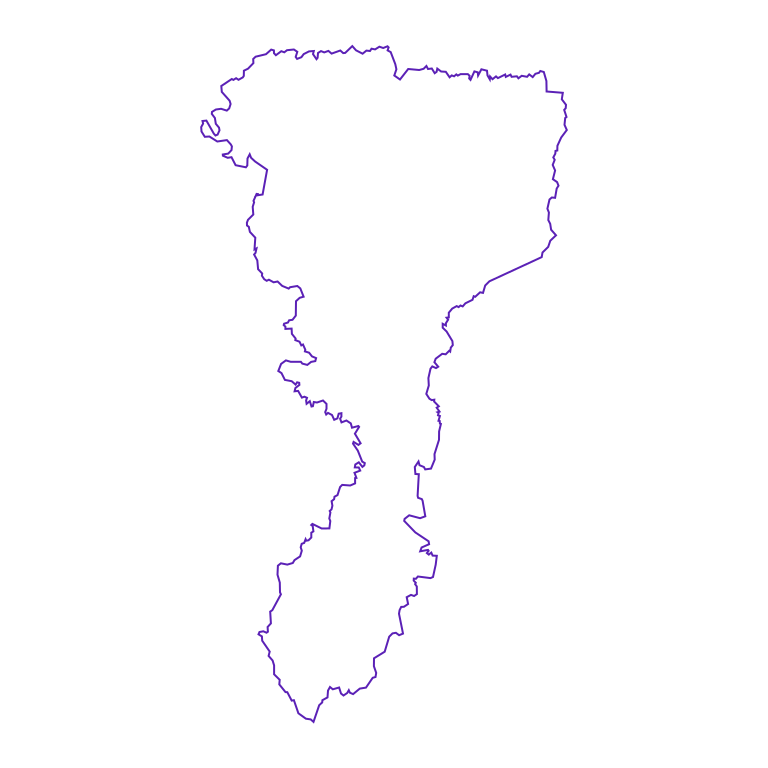 the district of Huejuquilla el Alto, Jalisco, Mexico
{"feature_id": "50627088B54034913428250", "entity_name": "Huejuquilla el Alto", "entity_type": "district", "adm_level": 2, "iso_a3": "MEX", "parent_name": "Mexico", "parent_adm1": "Jalisco", "projection": "equal_earth", "projection_center": [-103.916, 22.528], "detail": "fine", "context": "isolated", "style": "outline", "palette": "violet", "viewbox_px": 768, "rotation_deg": 0, "n_neighbors": 0, "source": "geoboundaries", "source_scale": "gbopen_adm2", "svg_char_len": 6008}
<svg xmlns="http://www.w3.org/2000/svg" viewBox="0 0 768 768"><path d="M366.0,687.6L372.7,677.8L375.5,677.0L376.2,672.9L373.9,666.2L374.0,658.3L384.7,651.7L389.2,636.7L392.5,633.4L395.9,632.8L399.1,635.2L403.0,633.6L399.0,613.7L399.6,610.1L401.2,606.9L403.9,606.8L408.1,604.0L406.7,597.2L411.0,594.9L414.1,596.0L416.9,594.1L416.8,586.5L415.1,584.1L415.8,582.8L413.7,580.6L413.8,578.6L415.9,578.8L417.9,576.5L430.5,578.1L433.0,577.0L435.7,564.7L436.8,555.8L432.6,555.6L431.3,552.6L428.8,554.6L426.9,553.1L428.6,550.8L428.0,549.9L420.2,551.3L421.6,547.5L429.1,544.2L428.6,541.3L415.3,532.4L404.2,520.9L404.6,518.9L409.2,515.3L420.1,518.2L425.3,516.3L422.6,500.8L421.8,499.1L418.1,497.8L417.6,495.9L418.8,474.2L415.4,474.0L414.8,467.0L418.5,461.5L419.5,465.2L423.9,467.0L425.2,469.4L431.0,468.6L434.7,459.6L434.5,454.1L439.0,439.8L439.1,431.4L440.9,423.9L439.9,423.5L439.7,421.0L438.5,420.8L439.9,416.0L438.0,415.3L438.6,412.9L437.6,412.2L439.5,411.6L436.7,407.7L438.8,406.3L434.1,401.5L434.3,399.7L431.7,400.1L429.4,398.7L426.3,393.9L428.8,385.5L428.4,378.1L430.5,368.7L432.3,366.4L436.0,368.1L438.2,366.7L434.4,362.2L435.7,358.7L442.2,353.8L445.7,354.3L449.3,350.7L450.2,351.5L450.8,347.6L452.8,345.1L452.4,341.1L446.6,331.5L442.7,327.7L442.7,323.8L445.9,325.5L445.9,323.2L448.1,319.7L446.6,317.7L448.8,317.4L448.8,312.7L452.2,308.6L456.7,306.1L458.6,307.1L460.5,305.5L462.7,306.4L465.4,303.3L472.5,299.8L473.7,296.2L475.2,296.8L480.1,292.3L483.0,292.9L485.2,285.5L489.4,281.3L541.7,257.1L542.5,252.5L548.2,246.9L550.3,240.7L556.0,235.3L551.1,229.7L550.2,223.8L548.3,220.1L548.9,212.5L547.4,208.7L549.5,199.5L551.8,197.5L555.1,197.8L556.7,188.5L558.5,185.7L557.1,182.1L552.9,179.2L555.1,170.5L552.7,164.9L554.7,159.8L553.3,157.4L555.3,153.7L555.5,150.9L557.3,150.5L557.4,145.8L561.2,137.5L566.8,130.0L564.5,124.8L565.2,118.0L566.5,117.0L564.2,109.9L565.7,108.2L566.0,104.8L561.8,99.3L562.8,92.8L546.6,91.5L546.4,81.0L543.8,72.0L540.3,71.0L539.0,72.8L535.4,73.8L532.7,77.1L529.2,74.4L527.1,76.8L521.7,75.8L518.4,78.3L516.9,76.3L511.6,76.8L510.5,74.6L505.8,76.9L505.2,74.5L497.9,78.1L496.0,76.4L492.5,79.2L490.1,76.5L489.8,79.4L487.5,75.4L487.0,70.7L481.4,69.3L478.1,75.5L477.7,72.3L474.4,71.4L470.5,79.9L469.2,78.5L469.6,75.8L467.8,74.1L460.6,74.1L457.8,75.6L456.3,74.4L454.1,76.3L451.7,75.4L449.6,77.3L445.8,71.8L441.1,71.5L437.3,68.6L436.6,71.8L434.7,73.2L431.8,68.5L428.0,69.0L426.4,66.0L423.6,68.8L419.2,70.0L408.2,69.0L400.0,79.5L394.3,75.5L396.4,69.3L395.3,64.2L390.7,52.1L387.6,50.4L388.6,47.4L387.5,46.3L383.2,48.0L379.4,46.7L375.1,49.4L371.5,48.7L370.0,51.0L366.4,50.6L362.6,53.7L356.0,50.3L352.3,46.1L345.2,52.9L343.2,53.1L340.3,50.5L331.6,53.6L328.4,50.9L324.2,52.4L321.0,51.1L318.0,53.0L317.6,57.8L316.5,59.2L313.0,54.1L313.8,51.0L309.0,51.4L303.7,54.1L301.4,57.2L297.1,58.9L295.7,56.9L297.3,51.8L293.9,49.5L287.0,50.2L284.3,52.3L281.3,51.2L275.9,55.2L274.0,53.2L273.9,50.4L271.2,49.6L266.0,54.2L255.6,56.7L253.2,59.0L253.4,63.1L248.0,68.7L243.9,70.7L243.8,75.9L242.8,77.4L238.5,79.8L236.1,78.2L233.4,79.9L231.8,79.0L221.3,86.0L221.8,91.9L229.6,100.7L230.6,104.0L229.2,108.4L226.8,110.6L221.1,108.8L215.9,109.5L212.0,111.9L211.8,113.9L214.9,118.0L215.8,123.8L219.0,127.6L219.5,130.3L217.6,134.6L215.5,135.5L213.8,133.6L206.4,120.6L202.5,121.0L203.1,123.6L201.2,127.1L201.5,131.5L204.8,136.8L209.4,136.5L217.3,141.5L226.9,140.1L230.8,144.4L231.9,146.4L231.5,150.1L228.2,153.6L222.8,154.5L222.9,155.7L227.7,157.8L231.5,157.2L235.6,165.2L245.9,167.3L247.3,165.5L247.5,158.5L249.7,154.3L251.1,157.8L255.1,161.5L267.1,169.8L262.6,194.5L256.2,195.5L257.4,194.0L256.6,193.9L253.5,200.9L254.1,202.3L252.7,206.8L253.3,214.5L248.0,219.8L246.9,222.7L247.0,225.5L248.8,226.8L249.9,231.9L255.3,237.7L254.5,249.5L256.5,248.4L255.5,252.9L254.1,254.5L257.3,260.4L258.1,269.2L262.2,273.5L261.9,275.7L264.2,279.2L266.7,280.8L268.9,279.7L273.6,282.3L277.6,281.5L282.2,285.9L288.7,288.6L290.1,287.2L297.3,286.0L300.3,288.4L303.6,296.7L299.7,297.8L296.0,301.2L295.8,315.6L292.5,319.8L289.1,320.3L288.0,322.5L284.1,323.7L283.7,325.1L285.4,326.6L285.4,328.9L291.6,328.6L291.9,333.9L295.6,338.5L295.3,340.1L299.5,341.7L301.3,345.4L303.0,344.5L305.3,349.7L304.9,351.4L309.1,352.7L312.0,356.4L316.1,358.1L315.3,361.1L311.1,361.9L307.3,364.9L302.3,363.6L300.9,361.8L290.7,361.8L285.9,360.4L281.1,363.9L278.3,371.0L281.5,373.1L284.9,379.9L291.7,381.2L295.6,384.6L297.1,382.3L299.2,382.8L299.4,384.9L295.4,388.0L294.6,391.3L298.1,390.9L301.9,397.6L304.4,396.7L307.0,397.8L306.1,400.5L306.6,403.8L309.8,401.2L311.5,406.5L312.9,406.2L313.8,402.0L317.0,402.5L323.0,400.5L326.5,403.9L326.5,408.8L325.2,412.1L326.2,414.5L328.0,412.9L332.0,415.0L334.2,419.8L337.4,418.4L338.7,413.7L341.4,413.2L341.4,416.6L340.1,418.7L341.5,422.4L346.4,420.5L350.8,423.4L352.0,427.7L358.3,426.0L359.1,426.9L354.9,433.7L360.6,443.3L358.4,444.9L353.6,441.9L353.0,443.6L357.8,450.6L362.2,461.6L364.8,463.1L364.3,465.4L362.4,466.9L358.8,462.3L355.3,464.5L354.8,467.4L358.8,467.5L360.2,470.6L354.5,472.8L356.4,477.9L355.1,478.1L355.1,483.4L350.2,485.5L342.2,484.9L340.1,487.0L337.5,495.1L334.5,496.7L334.1,499.2L331.6,501.2L332.4,505.7L331.5,509.4L329.7,511.0L330.4,512.5L329.3,518.5L330.3,521.0L329.4,528.4L321.7,528.5L312.4,523.9L311.3,525.0L312.7,526.0L313.4,531.4L311.3,532.7L311.3,537.5L308.5,540.3L306.3,540.7L305.6,539.2L304.2,542.9L301.7,543.8L300.7,547.3L301.8,550.7L300.1,556.4L294.5,560.1L292.8,563.0L287.3,564.6L280.9,563.3L277.9,565.7L277.5,574.7L279.8,582.6L280.0,592.3L280.9,594.3L272.3,610.2L270.2,611.6L270.9,623.4L267.6,627.0L267.9,631.7L266.5,632.7L263.3,631.3L259.5,632.0L258.5,634.3L261.9,636.4L262.2,640.7L269.7,651.6L268.6,655.9L272.6,660.5L274.1,665.4L274.1,674.3L279.7,679.8L279.3,684.4L285.5,692.1L287.3,692.2L291.7,700.6L293.9,700.2L298.4,713.3L305.9,718.7L310.7,719.4L313.5,721.9L319.2,705.2L322.2,702.4L322.4,700.2L327.5,697.4L328.0,690.6L330.0,687.0L332.8,689.3L339.1,687.5L341.0,693.5L343.5,695.5L347.2,693.0L348.8,690.2L349.9,692.7L353.1,694.1L359.8,688.6L366.0,687.6Z" fill="none" stroke="#5b21b6" stroke-width="2"/></svg>